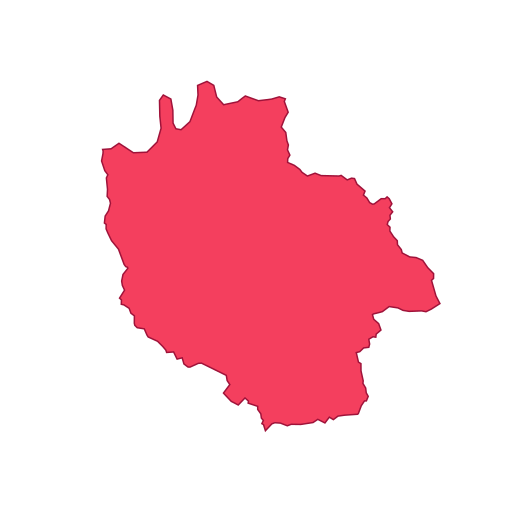 Río Grande, Puerto Rico, rotated 315°
{"feature_id": "32010507B30311265398207", "entity_name": "Río Grande", "entity_type": "district", "adm_level": 2, "iso_a3": "PRI", "parent_name": "Puerto Rico", "parent_adm1": "", "projection": "robinson", "projection_center": [-65.81, 18.348], "detail": "fine", "context": "isolated", "style": "filled", "palette": "rose", "viewbox_px": 512, "rotation_deg": 315, "n_neighbors": 0, "source": "geoboundaries", "source_scale": "gbopen_adm2", "svg_char_len": 2788}
<svg xmlns="http://www.w3.org/2000/svg" viewBox="0 0 512 512"><g transform="rotate(315 256 256)"><path d="M369.1,394.1L369.2,385.6L370.8,376.9L368.1,370.3L364.0,365.3L361.5,357.2L363.3,354.2L364.0,348.1L366.7,345.1L366.9,339.6L368.3,333.0L371.1,330.4L371.0,326.6L373.7,325.0L377.2,324.8L379.5,321.9L383.9,321.4L384.5,316.2L389.0,315.2L390.7,309.7L390.5,306.9L387.9,306.8L385.1,304.0L376.5,302.8L375.1,301.9L374.1,298.6L375.4,293.4L375.0,288.9L379.0,287.2L378.2,276.6L380.4,270.9L378.6,268.5L374.3,266.7L373.2,259.2L371.3,258.2L358.9,245.2L356.3,239.2L348.9,235.8L347.7,229.4L348.2,225.8L347.2,219.0L344.5,212.2L347.3,209.6L351.3,208.6L353.3,203.2L357.4,200.4L359.3,196.4L364.4,189.7L365.0,182.7L374.3,178.6L380.4,177.1L385.3,166.7L387.9,165.6L385.0,159.9L378.0,156.1L376.3,154.8L375.1,153.9L367.5,147.9L363.5,139.4L361.6,135.3L357.6,134.7L352.2,134.1L342.0,127.4L340.1,126.2L340.6,115.8L346.8,105.5L344.8,97.9L339.9,95.9L335.3,94.1L328.8,101.2L323.7,104.8L320.3,107.2L316.8,108.7L304.3,114.3L295.5,113.9L292.3,113.7L289.3,109.4L291.3,103.4L300.3,94.1L302.4,91.1L306.8,84.8L304.3,76.6L299.0,77.5L297.8,77.7L286.8,89.2L279.9,97.7L279.3,98.5L275.4,100.7L266.8,105.5L264.8,105.5L252.3,105.5L242.3,96.3L239.1,80.7L238.8,79.4L229.3,77.7L222.9,72.2L222.1,73.7L220.2,75.4L214.0,79.6L209.4,88.8L208.7,93.8L205.4,95.0L198.1,103.9L192.9,108.6L192.4,112.5L190.4,115.8L183.6,119.8L177.6,121.1L172.1,125.5L172.4,127.7L169.2,130.8L167.5,135.0L164.7,143.0L163.6,153.9L156.8,168.7L156.4,171.4L157.2,173.2L156.6,174.1L148.9,175.0L143.3,178.7L140.7,182.3L138.9,187.2L129.7,189.3L129.8,191.9L126.6,194.9L128.0,197.1L129.3,203.3L127.1,208.0L127.7,212.3L122.4,217.5L121.3,219.3L121.3,222.7L125.5,228.5L123.0,234.8L122.5,237.0L126.1,246.7L126.1,254.0L125.7,258.8L124.6,261.0L129.9,265.6L127.3,273.1L131.8,275.8L128.7,281.4L129.4,286.4L130.8,287.9L139.3,291.1L141.7,293.2L150.6,319.4L147.5,323.7L146.6,328.4L136.1,329.9L136.0,331.2L135.7,341.3L136.6,344.0L138.1,348.8L147.8,348.6L148.1,353.2L146.4,354.5L150.9,363.5L148.7,365.7L147.8,371.0L145.2,374.4L144.9,377.5L141.6,378.7L142.1,380.5L139.1,386.2L148.5,385.9L151.4,387.2L155.1,391.4L158.1,398.2L161.9,399.9L168.5,406.7L178.6,414.1L184.2,415.2L186.7,422.8L193.9,421.8L195.0,426.4L200.8,427.2L206.1,431.2L215.9,439.7L216.9,439.8L224.6,436.3L230.2,435.2L231.6,436.5L236.1,434.6L237.2,430.7L240.2,426.9L241.5,421.7L243.5,420.1L249.0,411.5L254.1,406.3L253.4,403.5L258.6,395.2L261.7,397.0L267.1,397.1L271.2,400.3L274.1,398.6L276.9,394.6L281.6,395.8L283.3,398.1L285.8,396.2L292.0,396.7L294.9,390.6L294.5,384.0L296.9,379.8L298.1,380.0L302.2,382.5L306.0,384.7L314.4,385.9L319.7,393.1L321.5,398.4L325.1,403.4L334.3,411.9L336.8,415.6L342.4,417.5L352.4,419.7L355.0,411.5L362.9,397.3L365.7,397.4L369.1,394.1Z" fill="#f43f5e" stroke="#9f1239" stroke-width="1.5"/></g></svg>